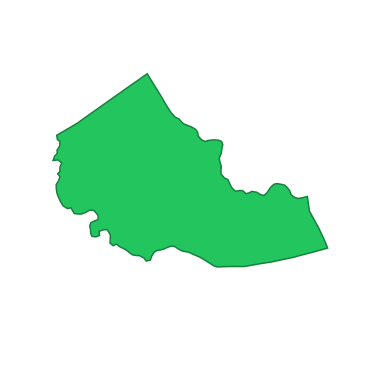 outline of Indiaroba, Sergipe, Brazil, rotated 27°
{"feature_id": "56859067B75422103596121", "entity_name": "Indiaroba", "entity_type": "district", "adm_level": 2, "iso_a3": "BRA", "parent_name": "Brazil", "parent_adm1": "Sergipe", "projection": "orthographic", "projection_center": [-37.529, -11.47], "detail": "fine", "context": "isolated", "style": "filled", "palette": "green", "viewbox_px": 384, "rotation_deg": 27, "n_neighbors": 0, "source": "geoboundaries", "source_scale": "gbopen_adm2", "svg_char_len": 1962}
<svg xmlns="http://www.w3.org/2000/svg" viewBox="0 0 384 384"><g transform="rotate(27 192 192)"><path d="M68.0,243.2L67.6,247.1L69.8,251.0L72.0,254.1L75.2,257.1L77.5,258.9L79.9,260.8L83.5,262.9L88.7,263.3L91.3,261.0L93.8,262.7L96.9,264.6L100.7,263.3L103.5,261.8L106.5,258.6L109.0,254.6L112.9,253.0L115.8,254.1L119.0,255.6L120.8,259.2L118.1,262.2L115.8,265.3L116.2,268.5L118.5,271.5L120.6,274.9L123.0,277.0L126.8,275.6L129.3,272.7L127.0,269.2L130.6,265.7L133.2,264.1L136.0,265.5L138.8,267.5L140.3,270.6L142.1,274.7L146.0,275.7L148.3,272.8L153.1,273.6L159.1,273.4L163.8,274.4L167.5,275.0L170.6,274.1L174.3,272.5L179.3,272.7L182.6,274.3L185.8,271.5L185.2,266.9L185.6,263.1L187.0,260.4L189.4,258.5L192.3,256.2L194.7,253.2L197.4,250.2L200.8,248.4L205.1,248.9L209.3,249.1L212.2,248.4L216.8,247.1L223.0,246.9L228.5,246.5L235.0,246.9L242.1,247.6L245.7,247.9L248.8,247.2L253.6,244.5L260.1,240.9L272.2,234.8L286.3,224.2L294.3,218.5L303.0,211.4L312.2,204.0L317.3,199.3L327.5,190.3L338.3,180.4L333.1,175.8L321.5,166.7L305.3,155.7L302.7,152.0L296.8,143.6L292.6,147.4L289.2,149.7L285.2,150.2L281.5,149.4L278.3,146.4L275.1,144.9L271.6,143.8L268.1,144.6L263.9,145.9L261.5,147.9L259.9,152.1L259.2,158.5L257.8,162.3L254.4,163.2L249.9,162.8L245.0,164.3L243.2,166.9L240.8,169.0L236.4,167.7L233.2,169.4L230.3,171.6L227.5,170.9L224.5,169.5L221.3,167.0L218.3,164.6L214.6,164.8L209.7,162.8L207.7,158.8L206.3,155.6L203.7,153.0L201.0,149.8L200.5,144.2L198.9,139.7L197.9,135.8L195.4,133.5L191.8,133.9L187.8,135.6L183.3,138.5L180.8,141.0L176.9,141.2L172.3,139.4L169.8,136.2L166.8,134.6L163.0,134.3L158.3,134.6L153.5,135.1L149.8,133.9L147.1,132.7L143.1,133.0L137.3,130.8L131.5,127.4L128.6,125.7L122.3,121.5L98.4,107.0L89.6,123.5L65.1,170.1L63.4,173.3L58.7,182.6L45.7,202.9L48.3,206.4L51.3,207.0L53.2,210.6L52.8,216.1L54.4,218.8L53.3,222.4L53.9,227.0L58.1,224.2L62.9,225.4L62.9,229.3L65.0,233.9L64.0,236.7L67.4,238.3L68.0,243.2Z" fill="#22c55e" stroke="#15803d" stroke-width="1.5"/></g></svg>